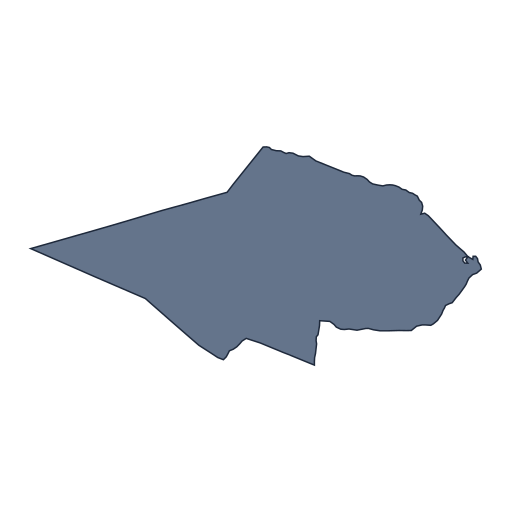 the district of Penalva, Maranhão, Brazil
{"feature_id": "56859067B25044187316118", "entity_name": "Penalva", "entity_type": "district", "adm_level": 2, "iso_a3": "BRA", "parent_name": "Brazil", "parent_adm1": "Maranhão", "projection": "albers", "projection_center": [-45.216, -3.249], "detail": "fine", "context": "isolated", "style": "filled", "palette": "slate", "viewbox_px": 512, "rotation_deg": 0, "n_neighbors": 0, "source": "geoboundaries", "source_scale": "gbopen_adm2", "svg_char_len": 1883}
<svg xmlns="http://www.w3.org/2000/svg" viewBox="0 0 512 512"><path d="M481.3,269.1L480.3,265.0L478.1,261.9L477.5,258.6L475.7,256.3L473.1,256.3L472.8,259.4L467.9,256.7L464.0,252.0L459.8,248.4L455.9,245.0L446.2,234.9L440.2,228.3L428.3,215.7L424.7,213.2L420.8,214.2L422.3,210.0L422.7,206.2L421.6,202.4L419.3,200.2L417.3,196.1L415.0,194.9L412.6,193.3L409.2,192.5L405.8,190.0L402.1,189.3L399.0,187.1L395.5,185.7L392.7,185.0L389.9,184.8L386.5,185.0L382.9,185.9L378.0,185.1L372.6,183.9L369.4,181.9L367.1,179.4L363.6,177.0L360.1,175.9L357.5,175.8L354.6,175.9L351.9,175.2L349.5,173.6L343.8,172.2L315.8,160.9L311.8,158.0L309.3,156.2L303.0,156.6L298.3,155.9L293.0,153.2L289.0,152.7L286.1,153.5L283.8,152.5L280.8,150.9L276.2,150.7L271.4,149.5L269.4,147.5L266.7,146.9L263.1,147.0L233.2,184.3L227.1,192.3L206.2,198.1L188.1,203.3L173.9,207.2L162.3,210.4L122.4,222.3L101.8,228.3L30.7,248.6L94.5,276.6L145.3,298.5L167.5,318.0L186.3,334.4L198.9,345.3L211.5,353.4L217.7,357.5L223.4,359.7L226.2,356.9L227.7,354.2L229.4,350.8L233.3,349.2L236.8,346.8L239.9,343.6L242.1,341.0L246.2,338.4L260.1,342.9L273.4,348.4L278.3,350.4L282.8,352.3L288.0,354.3L309.2,363.0L314.4,365.1L314.4,361.6L314.6,357.6L315.5,353.5L316.0,349.1L316.6,343.9L316.1,340.7L316.3,336.8L318.0,334.8L319.5,325.7L319.7,320.7L329.9,321.4L334.1,324.5L336.3,327.1L340.7,329.2L344.3,329.5L349.0,329.0L357.0,330.2L365.6,328.5L368.4,328.4L373.5,329.8L380.0,330.8L388.0,330.8L399.0,330.5L406.6,330.6L411.3,330.5L416.6,326.2L422.2,324.9L425.1,324.9L430.8,325.3L433.3,323.9L437.5,320.4L441.6,314.1L443.0,310.5L444.5,307.9L445.5,305.5L449.2,303.7L452.2,302.7L456.3,297.4L459.1,294.3L460.7,292.1L462.8,289.2L464.8,286.4L466.2,284.1L467.4,281.2L468.9,278.1L472.6,274.6L476.7,273.1L481.3,269.1ZM467.9,256.7L465.5,260.1L467.8,263.2L464.7,263.1L462.9,260.8L462.9,258.0L465.3,256.9L467.9,256.7Z" fill="#64748b" stroke="#1e293b" stroke-width="1.5"/></svg>